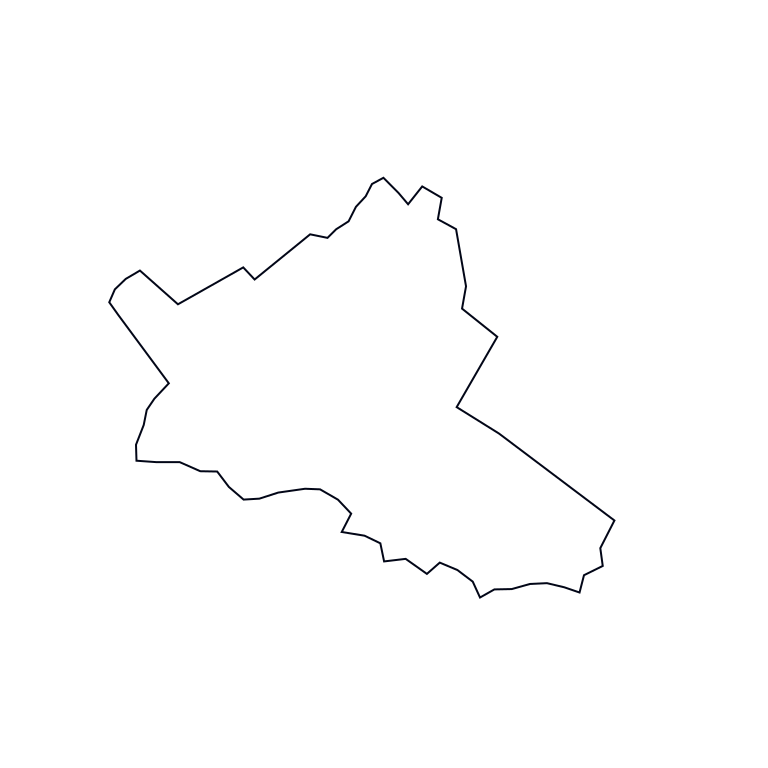 Cunhataí, Santa Catarina, Brazil (Equal Earth projection), rotated 300°
{"feature_id": "56859067B30520652390204", "entity_name": "Cunhataí", "entity_type": "district", "adm_level": 2, "iso_a3": "BRA", "parent_name": "Brazil", "parent_adm1": "Santa Catarina", "projection": "equal_earth", "projection_center": [-53.105, -26.977], "detail": "fine", "context": "isolated", "style": "outline", "palette": "ink", "viewbox_px": 768, "rotation_deg": 300, "n_neighbors": 0, "source": "geoboundaries", "source_scale": "gbopen_adm2", "svg_char_len": 958}
<svg xmlns="http://www.w3.org/2000/svg" viewBox="0 0 768 768"><g transform="rotate(300 384 384)"><path d="M193.8,208.0L202.6,226.1L214.2,246.2L216.6,268.5L224.8,283.3L217.3,301.1L213.7,320.2L222.4,333.4L237.1,346.7L253.8,368.0L260.8,381.3L260.8,402.0L255.3,420.4L234.7,421.4L242.9,443.0L244.2,460.5L230.4,472.8L243.4,490.2L241.0,516.1L257.2,521.6L259.6,540.6L257.2,559.7L247.1,573.9L261.3,582.3L270.3,597.2L283.8,610.4L293.0,624.7L298.1,641.8L301.2,657.6L318.4,652.8L335.8,664.4L350.0,653.4L381.0,651.8L398.6,508.3L400.3,458.5L481.5,458.5L488.3,413.9L509.6,406.2L554.1,369.0L553.6,348.3L574.1,340.9L574.2,318.3L551.7,315.0L556.7,301.1L562.3,280.4L551.2,273.6L537.4,274.3L523.4,271.1L507.2,272.0L494.1,265.2L482.3,262.0L476.7,245.2L409.8,219.7L414.6,203.8L350.0,165.7L360.2,115.9L345.9,107.8L331.4,103.6L317.4,105.2L310.9,119.4L277.0,197.3L256.5,192.5L242.9,191.5L228.4,196.4L207.4,199.6L193.8,208.0Z" fill="none" stroke="#020617" stroke-width="2"/></g></svg>